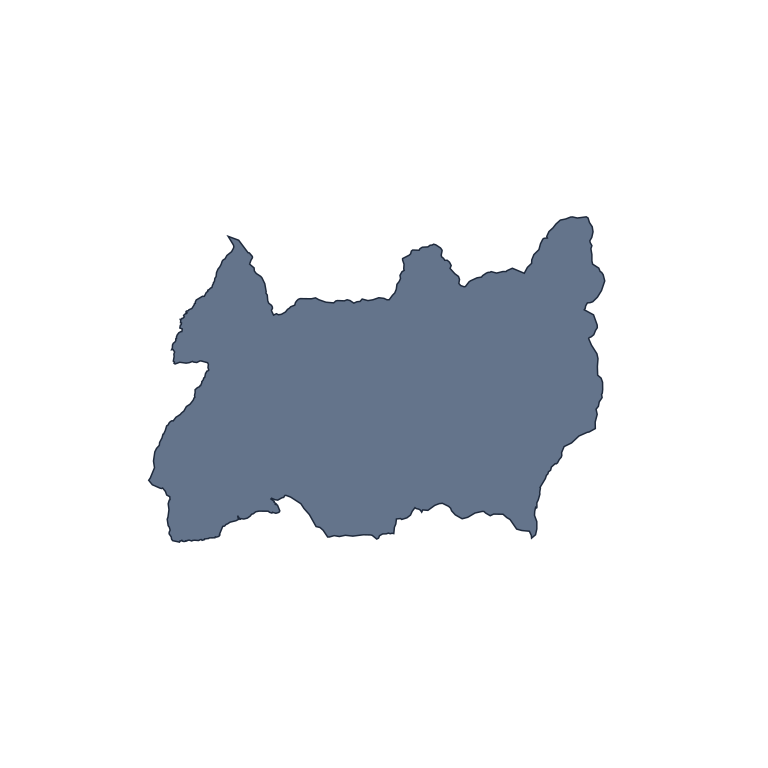 Tulghes, Harghita, Romania (Mercator projection), rotated 232°
{"feature_id": "2599482B18577768753782", "entity_name": "Tulghes", "entity_type": "district", "adm_level": 2, "iso_a3": "ROU", "parent_name": "Romania", "parent_adm1": "Harghita", "projection": "mercator", "projection_center": [25.75, 46.909], "detail": "fine", "context": "isolated", "style": "filled", "palette": "slate", "viewbox_px": 768, "rotation_deg": 232, "n_neighbors": 0, "source": "geoboundaries", "source_scale": "gbopen_adm2", "svg_char_len": 6171}
<svg xmlns="http://www.w3.org/2000/svg" viewBox="0 0 768 768"><g transform="rotate(232 384 384)"><path d="M461.8,510.5L463.6,509.2L463.9,507.4L465.0,505.7L465.0,503.0L468.2,498.4L468.5,495.7L467.8,494.0L471.9,489.1L471.9,487.4L470.2,485.1L470.0,483.2L471.4,475.9L470.3,475.0L466.0,473.5L462.4,470.3L461.1,469.9L461.4,467.3L459.8,463.5L456.9,461.9L455.4,459.0L454.6,455.6L451.1,452.0L449.1,448.5L448.7,445.3L447.2,440.0L448.5,438.2L451.5,436.7L455.2,433.0L457.2,427.1L459.6,422.7L464.4,419.1L463.8,416.0L465.5,413.3L466.3,410.0L470.7,408.6L473.1,406.8L473.9,404.0L478.4,398.7L479.1,397.2L478.9,394.3L484.2,388.6L490.6,384.5L494.0,383.1L495.9,379.2L502.9,370.5L503.5,368.6L503.3,366.5L502.7,364.4L501.1,362.2L502.3,358.0L502.0,356.0L502.2,353.9L501.4,350.7L502.1,346.0L503.6,343.4L505.6,342.5L506.3,339.4L510.8,340.4L511.5,340.8L512.1,342.5L513.3,343.4L515.2,343.8L518.6,342.9L521.1,343.6L526.0,346.8L528.3,346.9L529.3,348.0L536.4,351.8L542.8,353.2L544.7,353.1L549.7,351.4L552.8,351.4L555.5,353.1L561.2,351.9L563.4,355.3L564.5,358.1L565.6,358.8L570.2,358.6L571.2,357.7L586.8,358.0L596.3,352.1L586.1,350.9L584.5,350.1L583.7,349.0L582.1,345.3L582.0,339.3L580.5,335.8L580.8,333.7L580.4,332.1L578.6,329.4L577.4,326.7L576.8,324.0L574.9,320.6L572.0,317.8L571.4,315.8L569.2,313.5L568.9,312.0L568.3,311.6L567.5,309.8L566.0,307.7L566.4,306.4L566.1,304.5L566.4,302.8L565.5,302.3L565.5,300.2L563.7,296.4L564.9,294.9L565.8,287.8L564.7,285.6L563.7,285.0L563.9,283.8L563.3,283.3L561.8,279.1L562.6,276.0L562.3,274.9L563.1,273.2L562.7,272.2L561.3,272.6L561.1,271.7L561.6,270.9L561.6,269.1L561.3,268.2L559.9,268.0L559.7,267.4L559.7,265.6L560.1,265.2L559.9,264.1L560.4,263.2L559.1,262.9L557.6,261.4L556.8,262.0L555.6,260.8L555.7,259.7L553.8,257.6L551.6,258.9L550.3,257.7L549.8,256.9L550.3,256.4L550.7,253.9L550.0,251.3L548.8,249.3L547.7,248.6L547.8,247.7L546.3,246.6L545.8,245.0L545.8,243.0L545.0,241.4L542.6,239.3L541.8,237.7L541.0,239.0L538.1,238.7L536.9,236.8L534.8,235.5L531.7,232.0L530.2,232.4L529.6,231.3L528.4,231.7L526.9,236.4L522.3,240.9L520.7,243.7L519.7,247.0L518.7,247.3L516.2,249.7L515.5,253.2L514.7,254.1L509.4,258.1L507.6,257.7L505.3,255.4L502.9,254.5L502.8,252.9L503.2,252.2L502.3,250.6L502.4,250.1L499.6,246.8L499.7,245.6L498.6,244.2L498.0,241.8L497.3,241.4L495.7,238.6L496.0,238.2L495.5,237.0L496.0,234.6L495.8,231.6L493.5,229.9L491.7,227.7L490.0,226.8L490.0,225.9L488.7,223.6L487.5,218.7L487.9,214.4L485.9,209.7L485.8,206.4L485.4,204.8L485.9,199.6L484.7,195.2L485.6,194.2L485.9,192.6L485.6,190.6L484.7,188.8L484.8,186.9L482.0,183.0L480.2,179.4L480.5,178.9L478.2,175.9L476.1,171.2L474.0,169.2L473.3,165.1L471.6,161.6L465.2,154.9L459.3,151.6L453.8,141.9L453.0,139.3L447.2,139.4L439.8,143.4L438.6,144.3L438.3,145.5L433.9,145.6L430.3,144.4L427.1,145.8L424.6,144.2L424.7,143.3L422.5,140.2L417.4,137.2L412.2,131.9L410.9,129.9L405.2,126.7L403.5,126.7L400.5,125.5L399.5,123.5L398.2,122.4L394.5,122.2L392.6,121.1L390.7,121.0L385.3,125.5L385.9,126.8L385.3,127.3L385.3,128.5L384.1,128.5L383.0,129.4L382.2,130.9L382.5,131.2L381.7,131.9L381.9,132.4L381.0,134.3L378.6,135.9L378.6,136.8L377.5,138.6L374.8,141.5L374.5,143.3L373.9,144.3L372.8,144.4L371.9,146.7L372.4,147.2L370.2,150.7L370.3,151.6L366.9,156.1L367.4,157.0L366.5,157.7L365.6,160.0L366.1,161.8L366.8,161.8L371.1,169.3L370.2,170.9L370.6,173.2L370.1,174.5L369.9,177.6L367.4,183.2L366.9,185.9L370.4,187.6L366.0,187.2L365.8,187.7L366.1,188.3L363.9,190.4L362.4,193.8L362.3,197.5L362.9,199.4L362.2,201.2L362.3,204.2L360.8,207.2L355.1,214.4L353.4,214.8L351.3,216.2L351.6,217.1L348.7,219.2L347.8,221.4L347.6,222.8L348.2,223.8L354.2,225.5L355.9,224.4L356.0,225.2L358.5,224.6L359.1,225.2L363.0,224.1L363.2,225.1L359.9,226.9L357.9,228.8L357.2,233.5L356.4,235.1L357.2,237.2L356.6,238.2L352.4,240.8L340.8,244.8L335.2,244.3L327.0,244.8L313.5,242.7L310.4,245.2L306.2,246.0L298.1,245.4L297.0,246.9L295.2,251.4L291.3,254.9L288.6,260.4L283.3,265.8L277.9,274.9L273.4,280.4L272.1,281.5L266.3,282.8L265.9,284.8L267.2,287.0L266.7,290.6L264.5,293.6L263.8,295.7L262.2,296.7L261.4,298.5L260.1,299.6L264.7,304.0L266.4,307.1L270.0,310.7L267.8,314.2L266.4,314.5L264.4,319.7L264.4,324.2L266.3,327.8L267.5,332.3L266.1,332.6L263.9,334.4L262.2,335.0L259.8,334.8L260.9,337.0L257.4,340.8L257.1,349.3L255.7,353.9L254.0,356.6L247.8,359.6L245.1,360.0L242.5,359.2L237.0,359.6L229.7,362.6L227.4,367.9L226.3,376.3L223.1,383.0L222.0,384.3L219.8,384.6L214.8,386.6L214.0,390.3L208.1,397.6L203.2,398.5L199.6,399.9L188.0,399.2L183.7,402.4L178.5,407.9L174.1,406.9L171.7,405.4L171.9,410.6L175.7,415.2L181.5,419.7L187.8,421.7L190.9,424.4L193.5,427.6L192.4,428.0L192.7,428.6L196.3,431.3L197.7,434.2L201.2,439.0L202.9,440.1L205.7,443.2L206.4,443.2L210.1,452.9L212.0,455.7L212.3,457.9L213.5,459.4L213.5,462.2L215.5,464.8L215.8,469.2L215.8,469.9L215.1,470.4L215.0,472.1L216.6,475.7L217.2,478.6L218.2,480.1L220.6,481.7L223.8,487.4L222.1,495.5L223.0,505.6L220.8,514.4L219.9,516.1L218.8,523.1L224.0,527.0L228.8,533.3L233.6,535.6L234.4,539.2L237.4,542.6L239.0,547.5L241.8,549.0L242.4,550.4L245.0,552.9L250.8,557.3L255.0,558.7L259.4,557.8L266.4,562.9L272.2,568.2L276.7,570.4L286.9,571.4L293.8,573.2L294.2,574.2L293.6,576.3L293.7,579.7L296.0,583.7L297.0,586.7L299.2,588.3L309.5,591.7L319.2,587.5L319.7,589.1L321.4,591.0L322.7,594.2L321.2,596.5L320.3,599.1L321.0,605.6L323.7,612.9L329.3,621.4L335.2,624.0L338.0,624.2L339.6,623.6L343.1,624.6L350.0,622.2L353.0,623.6L358.0,627.5L363.2,630.3L365.0,633.0L368.3,633.5L370.1,634.3L371.6,638.0L375.2,642.4L379.7,644.9L384.7,645.3L389.2,647.0L391.2,646.3L395.8,638.5L399.4,635.6L400.6,634.0L402.2,628.7L404.6,623.9L404.2,618.0L403.0,613.3L402.6,607.9L400.1,603.1L398.5,602.6L400.3,599.8L400.4,598.4L398.2,593.7L394.5,588.8L393.7,581.8L390.8,576.8L388.2,574.6L387.6,568.8L384.9,562.7L396.2,556.4L397.6,550.7L397.4,549.5L399.4,547.0L402.1,541.0L406.6,537.6L406.8,536.2L407.9,534.7L408.4,532.9L408.7,528.4L408.2,526.7L410.4,522.7L412.0,515.9L412.2,514.1L410.7,508.2L411.3,507.0L414.4,505.0L417.2,504.9L419.9,507.9L422.9,508.9L427.3,507.7L434.4,507.2L436.0,509.9L439.7,510.6L442.6,510.0L444.1,508.0L446.3,508.3L448.7,507.7L450.3,508.4L453.3,511.9L454.1,512.2L456.4,512.3L461.8,510.5Z" fill="#64748b" stroke="#1e293b" stroke-width="1.5"/></g></svg>